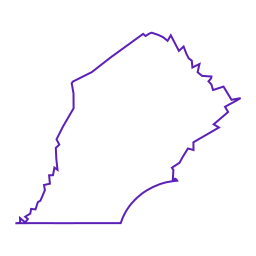 Chester, Pennsylvania, United States of America (Natural Earth projection)
{"feature_id": "52423323B16152301148770", "entity_name": "Chester", "entity_type": "district", "adm_level": 2, "iso_a3": "USA", "parent_name": "United States of America", "parent_adm1": "Pennsylvania", "projection": "natural_earth1", "projection_center": [-75.735, 39.984], "detail": "fine", "context": "isolated", "style": "outline", "palette": "violet", "viewbox_px": 256, "rotation_deg": 0, "n_neighbors": 0, "source": "geoboundaries", "source_scale": "gbopen_adm2", "svg_char_len": 1325}
<svg xmlns="http://www.w3.org/2000/svg" viewBox="0 0 256 256"><path d="M172.7,181.2L173.4,170.0L171.9,167.7L179.6,162.7L182.2,157.8L187.9,148.5L193.5,150.0L193.4,142.3L199.7,138.6L218.9,127.5L213.7,124.3L228.1,112.0L225.0,106.8L237.2,100.1L240.6,98.1L231.5,99.8L223.5,86.6L213.0,90.0L211.4,84.5L208.5,81.3L211.1,78.4L211.4,76.5L202.1,75.9L197.6,72.2L199.5,64.0L192.4,67.5L191.8,60.7L188.7,58.3L186.5,54.1L183.6,46.5L178.9,50.9L170.8,35.3L167.6,40.8L163.1,37.2L158.0,34.8L151.7,32.7L149.1,33.7L145.5,36.0L143.1,33.9L110.8,57.3L91.8,72.1L73.0,81.5L71.7,83.2L73.5,93.4L73.6,108.3L69.1,116.0L63.0,126.5L56.5,139.4L59.3,144.6L55.8,147.9L56.3,158.8L57.5,169.8L54.4,167.6L53.0,175.2L49.1,175.3L49.9,183.7L44.0,185.0L44.9,190.2L40.4,200.7L37.9,202.1L35.5,209.4L31.1,208.9L30.3,213.6L25.2,216.7L27.9,219.0L25.2,222.4L20.0,218.0L20.2,222.7L15.4,223.3L18.8,223.2L46.8,223.1L51.0,223.1L55.2,223.2L109.5,223.1L110.1,223.1L113.1,223.1L116.4,223.1L120.7,223.1L122.9,217.3L124.6,213.9L124.8,213.4L126.7,210.1L129.2,206.4L131.5,203.5L134.3,200.5L135.2,199.5L136.5,198.3L137.2,197.6L139.2,195.9L141.8,193.7L146.2,190.7L151.7,187.7L153.0,187.0L159.2,184.4L161.2,183.7L166.2,182.3L172.5,181.2L172.7,181.2ZM177.1,180.7L176.5,179.7L176.0,179.2L175.0,178.7L174.4,179.1L173.3,181.1L177.1,180.7Z" fill="none" stroke="#5b21b6" stroke-width="2"/></svg>